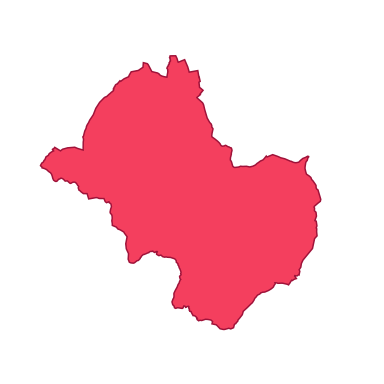 outline of Varciorog, Bihor, Romania, rotated 39°
{"feature_id": "2599482B6130450943921", "entity_name": "Varciorog", "entity_type": "district", "adm_level": 2, "iso_a3": "ROU", "parent_name": "Romania", "parent_adm1": "Bihor", "projection": "mercator", "projection_center": [22.291, 46.961], "detail": "fine", "context": "isolated", "style": "filled", "palette": "rose", "viewbox_px": 384, "rotation_deg": 39, "n_neighbors": 0, "source": "geoboundaries", "source_scale": "gbopen_adm2", "svg_char_len": 5976}
<svg xmlns="http://www.w3.org/2000/svg" viewBox="0 0 384 384"><g transform="rotate(39 192 192)"><path d="M308.3,274.0L309.7,271.3L308.3,268.3L308.5,267.4L308.9,266.6L308.6,265.5L308.9,264.2L308.8,263.4L308.3,262.6L308.4,260.3L308.3,255.7L306.9,252.4L307.7,247.1L308.3,241.7L308.6,240.1L308.2,236.8L307.7,235.2L307.9,233.2L307.8,231.8L307.8,230.9L308.9,228.6L308.9,227.1L309.4,226.6L309.7,225.7L311.4,224.1L311.8,223.5L313.5,220.3L314.6,217.2L315.0,215.0L315.0,214.2L314.6,213.2L314.5,211.3L314.1,210.3L313.8,210.2L314.7,209.5L316.2,208.9L319.4,206.1L319.5,206.1L320.1,205.7L324.0,203.8L325.5,203.4L325.4,202.9L325.4,201.5L325.1,199.4L325.0,197.9L325.7,197.7L326.3,195.6L327.6,193.6L324.7,192.8L324.5,192.3L325.9,191.5L326.5,191.0L327.0,188.9L327.3,188.9L325.7,185.8L324.2,185.0L323.9,182.0L322.0,178.7L321.1,175.0L321.2,160.1L316.6,151.1L316.8,147.4L313.9,144.5L312.1,142.1L311.1,141.7L310.4,139.7L306.9,136.5L305.5,136.9L303.9,132.4L301.1,129.7L298.9,129.5L297.4,127.4L296.4,127.0L296.1,126.1L296.9,121.5L297.6,118.5L296.7,116.7L288.6,111.1L286.9,111.2L285.7,110.5L284.2,108.8L282.4,108.2L278.9,107.2L277.1,107.0L275.8,106.2L275.2,105.9L273.0,105.8L269.8,106.1L267.9,104.9L264.9,102.5L264.0,101.2L261.9,97.6L261.6,96.3L261.7,95.1L260.6,92.5L260.6,91.2L260.2,91.0L259.3,91.5L258.5,93.6L257.0,96.2L256.4,99.3L256.2,101.7L254.3,103.9L252.8,104.8L251.6,105.3L249.8,105.7L249.2,106.1L243.2,107.8L239.1,109.7L238.3,109.8L235.9,110.5L231.2,112.2L228.3,117.5L227.6,117.6L227.1,117.4L227.1,120.8L226.9,122.6L225.7,124.8L224.9,127.9L224.6,128.7L224.3,131.0L223.1,133.6L221.1,136.2L218.2,137.7L215.2,140.3L213.5,141.4L212.7,143.0L211.8,144.0L209.7,146.1L208.8,146.4L207.4,146.3L206.7,145.8L203.7,143.7L202.5,143.2L201.8,143.1L201.1,142.3L200.0,140.6L199.8,140.0L198.7,137.7L198.1,137.1L197.0,134.6L196.0,133.7L194.9,133.1L194.4,133.1L194.0,133.5L192.7,133.6L191.3,134.2L189.4,134.4L188.7,134.6L188.4,135.0L188.2,135.7L186.8,137.3L185.5,137.6L184.6,137.4L183.6,136.9L182.1,136.6L180.0,136.4L176.4,136.4L173.0,136.6L172.1,136.1L170.7,133.9L168.6,129.7L167.8,129.4L166.6,129.1L165.6,128.0L164.2,127.1L161.9,126.8L157.3,125.0L150.2,120.1L146.2,117.0L144.6,116.2L143.9,116.0L136.9,115.7L136.3,115.4L137.2,111.2L136.6,111.2L136.6,106.0L133.1,105.9L132.1,106.0L128.3,102.3L128.7,100.9L125.2,98.1L125.1,98.4L120.1,94.0L114.4,100.6L110.0,97.5L103.0,93.8L99.7,99.7L99.4,99.8L96.4,97.7L93.6,96.4L89.3,100.0L89.4,100.3L89.7,100.4L89.8,101.0L90.1,101.3L90.1,101.7L90.3,101.7L90.7,101.6L91.0,102.0L90.9,102.2L91.5,102.7L92.1,102.9L92.5,103.7L92.4,103.9L92.5,104.1L92.8,104.0L92.9,105.6L93.2,105.9L93.3,106.1L93.1,106.3L93.4,106.6L93.6,106.6L93.7,106.9L93.8,107.1L93.7,108.2L94.0,108.5L94.0,108.9L94.2,109.2L94.1,109.6L94.2,109.8L94.2,110.6L94.7,111.7L96.0,112.0L97.0,113.3L97.4,113.5L100.2,118.6L97.6,120.0L95.5,120.9L94.0,121.2L92.5,121.2L92.0,120.9L90.3,121.2L85.0,123.7L77.8,120.6L76.5,120.4L72.8,122.1L75.4,125.9L73.8,131.3L69.1,136.9L69.7,140.8L70.2,142.3L68.0,146.7L66.9,150.9L66.0,150.9L65.9,155.3L65.5,155.6L65.2,156.6L65.2,157.5L65.7,158.7L65.5,159.7L66.1,160.7L66.0,161.1L66.0,161.5L66.6,161.6L67.0,162.3L67.0,162.7L67.1,163.4L66.9,163.8L66.9,164.3L66.6,164.9L66.3,167.3L66.1,168.0L65.6,171.6L64.8,172.8L64.4,174.1L63.8,180.4L64.6,187.5L66.7,194.1L67.3,200.6L68.0,203.3L68.2,205.3L68.7,207.4L69.6,209.1L70.3,212.1L72.6,217.1L72.5,217.9L74.1,218.9L75.0,219.9L76.0,221.6L81.0,227.9L75.8,230.1L72.7,231.0L67.5,236.0L64.5,240.2L63.9,242.8L57.2,243.7L57.3,245.1L56.7,246.5L56.8,246.8L58.3,247.0L58.6,247.2L58.1,247.9L57.3,250.3L56.9,252.1L57.3,254.0L56.4,256.5L57.4,259.7L57.1,260.6L57.5,261.6L57.6,262.3L57.1,263.6L57.3,265.5L57.7,266.9L59.7,267.0L60.2,267.6L62.7,266.6L64.9,266.1L67.8,266.3L69.9,266.1L71.7,266.6L73.5,267.7L75.2,269.0L77.0,269.9L78.7,269.8L79.5,269.5L80.0,269.0L80.3,268.3L80.3,266.1L81.0,265.1L81.3,263.9L81.9,263.4L82.6,263.2L84.0,263.0L85.1,263.1L85.9,263.4L86.9,263.1L87.5,262.4L88.2,261.8L91.4,262.0L92.0,261.9L92.5,261.3L93.1,259.6L94.0,258.6L95.0,258.0L96.4,258.0L97.7,258.3L99.0,258.8L99.7,258.8L100.4,259.0L101.0,260.4L103.0,261.7L103.9,261.5L105.6,261.7L108.6,261.6L111.5,259.3L116.1,262.4L120.9,256.8L121.8,256.1L124.0,255.4L127.7,252.5L130.6,254.1L132.3,254.1L133.6,251.9L134.4,252.4L136.1,252.2L137.1,252.7L138.7,254.2L139.6,256.6L141.0,259.2L142.0,259.9L143.5,260.1L144.4,260.5L145.0,261.0L146.5,262.6L147.8,264.8L149.9,266.7L151.1,268.1L155.3,266.9L157.7,267.4L160.0,266.6L164.3,266.0L165.3,266.5L169.7,267.6L173.1,273.9L176.7,277.5L181.4,279.8L182.3,281.0L184.7,284.4L187.5,286.0L189.2,285.5L191.2,284.2L191.6,283.7L191.9,283.0L192.5,280.1L193.4,278.9L193.6,276.3L193.2,275.5L193.4,274.4L193.1,273.8L193.5,271.2L194.0,270.8L195.2,268.7L195.5,268.0L196.3,266.6L196.6,266.4L196.6,265.4L197.1,264.4L198.0,263.6L198.8,262.6L199.5,262.8L201.2,262.4L201.6,260.9L202.3,260.2L202.7,260.3L202.8,261.2L203.4,262.4L203.7,262.7L206.1,262.4L206.5,262.1L207.5,260.6L209.9,260.7L211.7,259.9L212.9,258.6L213.8,258.3L216.4,256.4L220.6,254.8L222.9,255.2L223.9,256.4L224.1,256.5L226.0,256.5L227.0,257.5L228.4,257.9L229.8,259.0L230.6,259.2L232.9,260.5L233.9,261.2L234.3,261.8L234.4,262.4L235.6,263.2L235.4,265.3L236.3,266.2L237.4,266.9L238.2,267.0L238.2,267.5L238.6,269.3L239.3,271.0L239.4,272.6L240.3,275.3L240.9,278.8L241.6,281.7L242.0,282.5L243.6,284.3L244.4,285.7L244.6,287.1L245.6,290.0L247.9,291.7L250.0,292.0L251.1,292.9L251.3,293.0L252.5,292.7L253.7,290.9L257.4,288.8L257.9,288.3L257.9,287.5L257.6,286.7L257.4,285.7L257.8,285.4L258.6,285.2L259.6,285.7L260.0,285.2L259.9,284.9L260.4,283.9L261.3,283.0L261.6,283.0L261.9,283.3L262.0,283.7L262.8,284.4L263.6,284.5L263.8,284.7L263.9,285.2L264.2,285.4L264.4,285.7L264.9,285.8L265.3,286.1L266.5,285.5L267.5,286.1L270.7,287.4L271.3,286.8L272.9,286.4L275.5,286.8L275.3,287.3L276.3,287.9L278.2,287.9L278.7,287.0L279.3,286.4L280.4,285.8L282.6,282.4L284.6,281.0L287.2,279.6L289.5,279.7L290.5,281.9L294.5,279.9L299.9,280.6L302.9,279.1L303.9,278.2L306.4,274.7L308.3,274.0Z" fill="#f43f5e" stroke="#9f1239" stroke-width="1.5"/></g></svg>